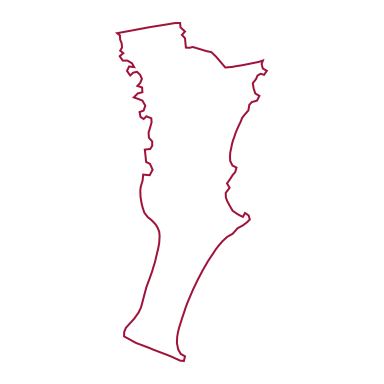 Imbituba, Santa Catarina, Brazil (orthographic projection)
{"feature_id": "56859067B19034795725068", "entity_name": "Imbituba", "entity_type": "district", "adm_level": 2, "iso_a3": "BRA", "parent_name": "Brazil", "parent_adm1": "Santa Catarina", "projection": "orthographic", "projection_center": [-48.703, -28.213], "detail": "fine", "context": "isolated", "style": "outline", "palette": "rose", "viewbox_px": 384, "rotation_deg": 0, "n_neighbors": 0, "source": "geoboundaries", "source_scale": "gbopen_adm2", "svg_char_len": 2336}
<svg xmlns="http://www.w3.org/2000/svg" viewBox="0 0 384 384"><path d="M180.1,23.0L174.7,23.1L168.2,24.2L149.4,27.2L117.2,33.2L119.9,35.4L120.2,39.7L121.7,43.4L122.0,47.6L120.2,50.7L123.3,53.2L119.7,56.2L122.8,60.6L127.5,60.6L132.0,63.3L134.1,67.1L129.1,66.5L127.0,70.9L130.2,75.5L133.1,72.7L137.0,71.8L140.1,74.8L141.9,78.9L140.2,83.0L137.4,85.9L142.1,87.5L142.4,92.2L137.7,93.5L133.8,97.4L138.1,98.9L142.4,100.6L145.3,105.7L143.6,110.6L139.6,112.0L140.5,116.9L143.6,119.0L146.4,116.3L151.3,118.3L151.6,122.2L150.4,126.6L148.6,132.5L148.9,137.7L152.2,141.5L152.2,145.8L150.2,149.0L144.8,149.6L145.5,155.7L146.1,161.9L150.0,163.9L152.6,169.7L149.7,175.2L143.2,174.6L142.6,180.5L140.7,187.0L140.3,190.9L140.5,196.7L141.5,203.0L142.5,207.1L144.3,212.6L147.7,217.1L151.3,219.9L155.6,224.4L157.6,227.7L159.2,231.6L159.6,236.2L159.2,243.0L158.1,248.9L156.9,253.8L155.9,258.1L154.9,262.3L153.5,266.7L152.0,271.8L149.7,278.2L147.7,283.6L146.3,287.5L144.8,293.1L143.3,298.8L142.3,302.7L141.0,307.4L138.6,312.5L134.1,318.8L129.0,324.4L125.9,327.8L124.2,331.9L124.1,336.4L136.1,343.0L149.7,348.1L153.4,349.7L157.4,351.2L166.4,354.6L170.9,356.4L180.1,360.6L183.9,361.0L185.0,356.3L180.8,354.0L178.2,349.5L176.9,343.0L177.2,336.7L178.1,331.6L179.2,327.3L180.4,323.6L182.1,318.2L183.7,313.5L185.5,308.0L187.2,303.3L189.1,298.8L191.6,292.9L193.3,289.0L195.4,284.7L197.7,279.8L200.1,275.3L203.1,269.6L205.5,265.5L207.6,261.8L210.4,257.5L213.3,253.2L215.6,249.6L218.4,246.0L222.4,241.3L227.1,236.9L232.6,233.8L235.0,231.2L237.5,228.3L242.7,225.5L246.9,222.4L249.8,219.5L248.6,215.4L245.0,213.0L242.9,216.9L239.2,215.1L236.1,213.2L232.6,210.7L230.2,206.6L227.3,201.3L225.9,197.6L225.7,192.9L229.6,187.8L227.0,183.4L230.0,179.2L232.7,175.0L235.2,172.1L236.5,167.6L232.4,165.5L230.2,160.9L230.0,156.0L230.3,152.2L231.1,148.6L231.8,144.9L232.9,140.7L234.5,136.4L235.7,132.6L237.4,128.7L239.2,124.7L240.8,121.4L242.1,117.9L244.6,114.7L248.4,110.4L249.3,104.8L251.8,102.1L257.0,100.6L259.4,95.9L255.3,93.5L253.7,88.7L252.8,83.2L256.0,79.1L257.5,75.6L260.6,73.8L264.1,74.8L266.8,70.8L262.8,68.5L261.6,64.0L262.9,60.5L258.9,61.9L242.4,65.2L235.8,66.2L232.4,66.9L225.3,67.5L216.2,56.8L211.3,52.1L206.4,51.1L192.9,47.0L189.3,47.8L185.9,47.6L185.5,43.6L185.0,38.2L181.9,34.9L185.0,31.5L180.5,27.4L180.1,23.0Z" fill="none" stroke="#9f1239" stroke-width="2"/></svg>